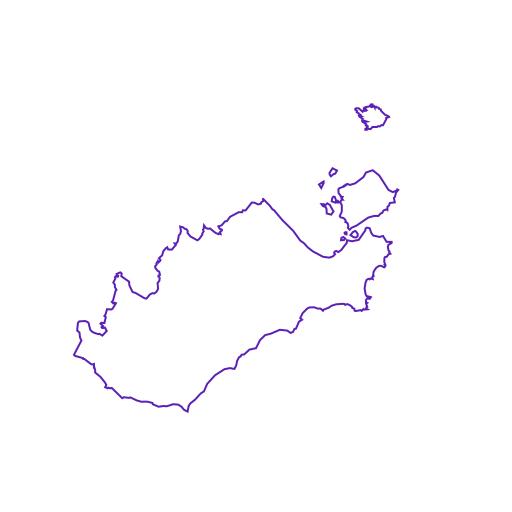 the district of Bangka Selatan, Bangka-Belitung, Indonesia, rotated 299°
{"feature_id": "22746128B19321376976921", "entity_name": "Bangka Selatan", "entity_type": "district", "adm_level": 2, "iso_a3": "IDN", "parent_name": "Indonesia", "parent_adm1": "Bangka-Belitung", "projection": "natural_earth1", "projection_center": [106.566, -2.786], "detail": "fine", "context": "isolated", "style": "outline", "palette": "violet", "viewbox_px": 512, "rotation_deg": 299, "n_neighbors": 0, "source": "geoboundaries", "source_scale": "gbopen_adm2", "svg_char_len": 6136}
<svg xmlns="http://www.w3.org/2000/svg" viewBox="0 0 512 512"><g transform="rotate(299 256 256)"><path d="M309.6,233.9L307.8,235.8L305.6,234.6L304.0,234.9L302.2,232.9L301.9,228.9L300.7,226.4L290.8,224.8L289.6,222.4L287.6,222.7L286.0,219.7L277.7,214.3L272.5,213.7L271.2,212.1L266.0,211.0L263.7,208.7L262.2,211.0L262.5,213.3L261.8,213.8L259.8,212.9L258.0,214.4L257.8,212.6L256.9,212.6L256.6,209.4L257.8,202.5L256.5,200.8L256.2,198.6L257.5,195.7L254.6,197.0L253.3,196.9L252.2,198.3L249.6,198.1L248.6,198.7L243.3,198.1L241.3,197.1L241.3,189.2L242.9,185.0L244.9,184.0L245.7,182.2L245.3,180.4L245.7,178.2L245.0,175.4L241.2,178.4L238.6,179.0L236.7,178.5L230.8,180.5L228.2,180.2L227.6,178.8L226.8,180.5L220.8,179.3L219.1,176.0L220.6,174.1L218.9,173.3L215.2,172.6L211.1,173.6L207.0,172.2L206.3,174.3L205.6,174.6L203.1,173.8L204.0,172.6L201.2,172.5L200.5,173.3L198.1,172.8L196.9,173.6L195.4,176.9L195.3,179.0L192.9,181.2L191.7,180.2L190.7,180.5L190.4,182.1L189.3,182.8L187.4,183.5L184.7,183.0L179.8,186.3L176.3,186.3L173.8,185.1L173.3,183.4L170.8,181.8L165.7,180.9L165.0,179.0L165.3,168.9L164.7,165.4L168.9,159.5L172.0,157.4L173.0,148.0L175.6,147.0L175.9,145.2L172.7,142.8L171.8,143.4L171.8,145.1L170.9,145.2L170.1,143.1L169.1,142.9L167.9,144.0L163.7,144.0L162.4,146.6L160.5,147.5L158.7,150.4L157.8,150.0L147.5,152.6L146.0,152.1L145.3,154.1L146.7,155.0L146.8,156.4L140.2,156.1L138.9,155.1L137.3,151.5L132.0,152.7L130.0,152.5L129.7,154.3L123.8,155.9L122.6,153.0L121.4,152.8L120.6,156.2L118.9,155.4L118.4,156.5L120.1,158.7L118.1,161.8L111.9,160.2L112.1,156.9L111.3,156.2L110.4,152.2L110.3,149.4L111.2,146.7L116.3,142.0L116.6,140.5L116.3,138.1L113.1,133.1L111.1,132.7L104.0,135.8L103.6,138.6L99.4,141.6L97.4,144.3L81.3,144.7L80.9,146.1L82.8,154.3L82.2,154.7L82.7,155.8L81.5,164.1L81.8,165.5L83.0,166.6L79.9,168.3L80.2,168.6L78.1,170.8L76.1,171.8L74.9,178.5L72.1,185.3L70.7,187.6L68.1,187.7L68.4,190.4L69.2,190.6L69.7,192.9L70.7,193.8L66.8,207.9L68.4,208.9L70.4,213.8L71.4,214.7L71.9,222.0L73.0,226.4L75.9,231.6L76.9,235.1L77.2,236.9L76.3,237.7L77.0,244.0L79.9,247.7L81.3,250.8L86.2,255.4L88.3,260.0L88.1,263.7L86.6,267.7L86.7,271.6L92.3,269.8L95.2,270.0L100.9,272.4L109.0,274.3L112.3,276.1L120.5,275.3L131.9,278.0L141.7,283.3L145.3,287.5L146.8,291.9L150.9,291.7L155.2,290.3L159.5,290.3L160.6,291.3L162.6,291.2L164.2,293.4L170.9,295.6L175.4,300.7L184.5,300.3L191.3,302.4L195.1,306.5L203.0,312.6L205.9,319.4L205.5,323.5L207.5,325.2L210.8,325.0L211.9,326.2L219.4,325.4L222.6,327.2L223.1,324.8L228.7,324.5L235.2,326.4L237.0,327.8L239.4,331.9L239.9,335.3L241.3,338.1L240.6,341.1L241.7,341.1L246.1,344.7L249.1,346.2L252.6,349.5L256.2,355.0L256.9,356.8L256.5,357.6L258.2,359.2L258.5,361.8L258.1,364.7L257.2,365.4L257.6,367.5L256.0,368.7L256.1,369.8L259.5,373.9L259.6,374.4L259.2,374.7L259.2,375.1L261.8,375.7L261.6,376.7L263.4,379.3L263.5,377.7L264.7,377.4L265.4,378.0L267.6,375.5L268.9,376.0L268.7,374.7L270.8,373.6L273.0,373.8L273.6,376.2L275.7,376.4L274.6,372.0L275.7,370.4L280.3,366.7L285.5,364.8L288.7,364.3L290.1,365.1L290.9,365.9L290.7,366.7L292.0,367.3L292.4,369.3L293.9,367.9L295.6,368.6L295.8,367.8L299.3,366.5L303.9,366.8L307.0,368.4L308.1,370.4L308.2,373.6L308.7,373.9L310.1,373.9L310.7,372.8L311.1,373.3L312.8,371.2L316.5,369.3L317.8,369.4L318.6,370.7L321.7,371.1L323.1,372.4L323.7,370.8L324.7,370.5L325.0,369.3L327.8,366.9L330.1,366.4L333.0,368.3L334.1,367.8L331.7,363.3L335.1,357.4L332.6,354.9L330.7,348.5L332.1,345.6L335.4,341.9L334.6,339.3L333.3,338.5L331.3,339.2L319.9,338.0L315.5,332.9L313.9,327.9L311.5,329.0L302.4,327.6L299.3,326.1L299.3,323.7L297.8,322.6L296.5,322.9L295.9,324.3L293.0,323.5L290.1,320.9L287.8,315.0L287.6,303.5L288.6,297.2L290.5,291.6L290.9,287.3L296.1,276.2L300.2,261.6L304.9,249.3L304.7,248.0L306.7,243.6L309.6,233.9ZM354.3,295.7L351.0,297.8L349.8,300.6L348.5,301.9L349.4,301.6L349.7,303.1L348.1,302.8L347.3,304.6L346.8,303.6L343.8,303.6L342.1,306.4L336.4,309.5L331.5,309.9L330.8,311.2L331.6,314.1L331.1,316.3L330.0,317.7L329.1,317.6L329.1,320.2L326.9,322.3L325.2,322.6L324.4,325.1L327.2,326.0L331.2,329.1L344.1,335.6L348.4,340.0L350.3,343.6L353.8,344.5L354.9,345.5L357.7,345.5L359.9,347.4L359.9,348.6L362.7,347.2L364.7,347.8L367.3,347.4L370.2,351.4L373.6,348.5L375.4,348.8L379.4,347.7L382.7,348.4L382.7,347.2L381.4,347.3L378.2,344.7L378.0,339.9L386.2,324.7L387.6,316.5L382.3,311.7L377.1,311.7L367.6,307.5L363.7,303.7L363.3,300.8L362.5,300.8L361.7,299.7L361.0,300.1L360.0,298.9L359.5,299.3L355.7,296.0L354.3,295.7ZM433.8,272.0L432.6,271.5L431.9,272.3L431.8,274.2L430.6,274.4L430.6,276.8L429.9,277.7L430.4,279.9L429.6,278.0L429.4,280.1L428.5,278.2L428.0,278.9L427.7,282.8L426.4,283.0L427.3,287.8L426.6,287.0L426.1,284.4L425.1,284.0L424.6,288.7L423.5,288.7L423.6,290.8L422.6,290.8L421.7,292.7L422.6,294.7L425.3,295.3L427.5,299.3L428.6,299.7L429.4,301.5L431.4,302.4L432.0,303.7L438.7,303.6L439.8,302.9L442.1,305.0L442.5,304.3L442.1,300.3L443.5,295.2L444.7,293.9L444.3,292.4L445.2,291.4L444.4,289.3L444.8,288.6L444.1,287.6L443.4,287.9L444.5,286.3L443.7,284.5L442.9,284.5L442.8,285.5L442.3,285.1L442.2,283.1L439.1,279.4L437.7,278.7L437.3,279.5L437.9,282.1L436.9,280.8L436.8,282.0L436.2,281.7L435.7,280.3L436.6,280.2L436.5,279.5L435.5,280.4L434.7,279.0L433.9,279.2L435.0,274.2L433.8,272.0ZM334.1,289.9L333.1,288.1L332.1,290.4L332.6,293.2L331.3,294.9L327.5,297.2L328.6,301.7L332.5,302.2L336.5,295.8L336.6,292.8L334.2,292.0L334.1,289.9ZM369.8,280.4L364.4,280.0L362.9,281.0L362.0,282.9L365.2,284.1L366.4,285.4L370.0,285.4L369.8,280.4ZM324.0,329.2L320.1,328.5L319.8,332.5L320.7,334.5L322.4,335.3L324.6,334.3L326.0,331.3L325.8,330.4L324.0,329.2ZM343.2,294.7L340.5,295.7L341.2,299.7L343.3,299.2L345.8,296.4L345.5,294.9L343.2,294.7ZM353.9,279.0L349.1,276.4L347.1,280.1L352.6,279.8L353.9,279.0ZM313.4,321.9L311.0,322.7L312.6,325.2L314.5,325.6L315.0,323.3L313.4,321.9ZM320.2,322.6L319.0,322.3L318.3,323.5L318.8,324.7L320.6,323.7L320.2,322.6ZM343.5,302.3L343.9,301.0L342.4,301.0L342.4,301.9L343.5,302.3ZM444.4,283.1L443.3,282.9L443.4,283.8L444.5,284.9L445.1,284.4L444.4,283.1ZM420.3,290.0L419.4,290.5L420.2,291.7L420.9,291.3L420.6,292.2L421.3,290.8L421.0,291.2L420.3,290.0Z" fill="none" stroke="#5b21b6" stroke-width="2"/></g></svg>